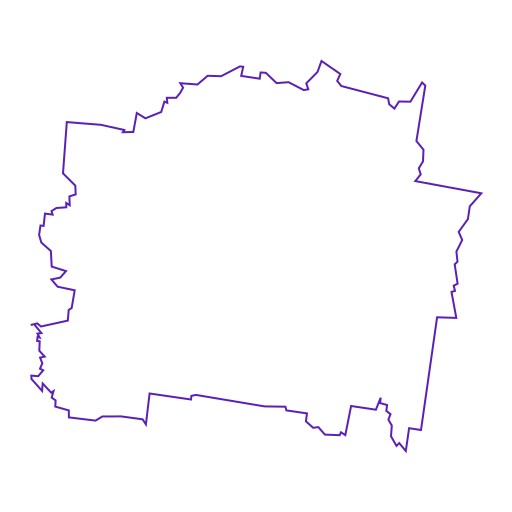 Moorabool, Victoria, Australia (Albers equal-area conic projection)
{"feature_id": "25037944B6902911043133", "entity_name": "Moorabool", "entity_type": "district", "adm_level": 2, "iso_a3": "AUS", "parent_name": "Australia", "parent_adm1": "Victoria", "projection": "albers", "projection_center": [144.318, -37.633], "detail": "medium", "context": "isolated", "style": "outline", "palette": "violet", "viewbox_px": 512, "rotation_deg": 0, "n_neighbors": 0, "source": "geoboundaries", "source_scale": "gbopen_adm2", "svg_char_len": 1844}
<svg xmlns="http://www.w3.org/2000/svg" viewBox="0 0 512 512"><path d="M30.7,325.0L34.1,324.2L41.4,333.1L37.5,333.6L39.6,337.5L37.6,336.8L37.1,340.9L39.7,341.3L39.3,350.7L44.7,356.6L40.1,357.6L42.3,363.4L40.0,368.7L43.2,370.3L38.2,376.2L31.3,375.6L31.5,379.0L42.1,390.9L42.7,383.5L51.2,392.7L53.5,391.1L51.7,397.6L55.6,400.4L55.3,406.6L68.8,410.4L68.9,417.4L95.6,420.6L102.3,416.5L121.1,416.4L142.6,419.3L145.9,424.4L149.6,393.5L191.0,399.5L191.4,395.9L195.8,394.9L264.6,406.4L285.4,406.7L286.4,410.4L307.0,413.4L305.9,421.3L313.2,427.8L318.3,427.1L324.9,434.6L339.7,435.2L341.0,432.3L345.3,435.1L351.1,406.0L375.9,409.7L380.7,397.7L380.1,403.1L387.1,405.0L386.3,410.9L390.5,414.1L388.4,419.7L391.8,425.5L391.0,436.3L396.5,445.9L399.2,443.1L405.8,451.0L409.1,428.2L421.0,430.0L437.1,317.3L456.3,317.9L451.5,291.9L455.0,290.9L453.7,285.7L457.6,283.7L454.7,264.3L457.5,261.7L456.4,251.6L462.2,240.0L458.7,231.9L467.9,219.1L469.8,206.3L481.3,193.3L415.3,181.1L420.7,174.4L418.8,168.3L423.0,161.4L423.5,149.8L416.4,141.0L425.3,85.6L422.1,82.5L410.4,101.7L399.0,101.5L394.4,108.6L389.2,104.2L388.1,98.3L341.3,86.0L337.2,80.9L340.3,74.0L321.5,61.0L317.5,72.0L306.3,83.3L308.3,89.3L303.8,90.1L288.6,82.2L276.6,83.1L265.8,72.8L260.6,72.5L259.7,78.7L241.2,75.9L243.2,66.8L240.0,66.4L221.1,76.2L207.6,75.8L197.5,84.5L180.3,83.2L183.1,87.7L180.1,93.0L176.1,97.8L166.8,97.8L167.3,102.8L164.4,101.6L161.2,112.0L145.4,118.3L136.8,113.0L133.3,132.0L122.9,132.2L124.3,130.0L100.8,124.8L66.8,122.1L63.0,173.4L75.3,185.6L75.7,194.4L69.4,196.4L69.7,205.2L66.2,203.0L66.3,207.3L56.4,208.0L51.5,211.1L52.6,214.6L45.0,213.6L43.6,225.9L40.5,225.5L39.1,234.9L41.3,242.5L50.9,251.1L51.7,266.6L66.0,271.1L60.1,277.7L51.4,279.4L57.6,286.7L74.7,290.3L71.7,307.9L68.7,310.0L67.8,320.6L41.0,326.5L37.3,323.4L30.7,325.0Z" fill="none" stroke="#5b21b6" stroke-width="2"/></svg>